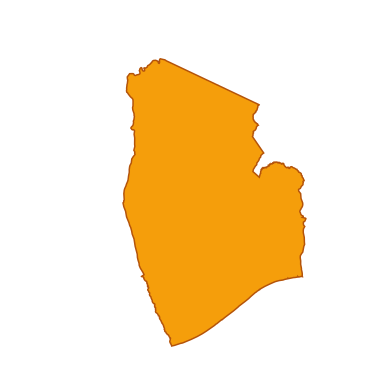 outline of Waimate District, Canterbury, New Zealand, rotated 55°
{"feature_id": "76426892B45923139634861", "entity_name": "Waimate District", "entity_type": "district", "adm_level": 2, "iso_a3": "NZL", "parent_name": "New Zealand", "parent_adm1": "Canterbury", "projection": "equal_earth", "projection_center": [170.93, -44.627], "detail": "fine", "context": "isolated", "style": "filled", "palette": "amber", "viewbox_px": 384, "rotation_deg": 55, "n_neighbors": 0, "source": "geoboundaries", "source_scale": "gbopen_adm2", "svg_char_len": 5981}
<svg xmlns="http://www.w3.org/2000/svg" viewBox="0 0 384 384"><g transform="rotate(55 192 192)"><path d="M264.4,107.6L259.8,106.4L255.6,103.9L252.6,104.1L251.2,103.4L251.0,102.9L251.2,101.2L250.1,99.2L249.7,97.0L249.3,96.6L248.6,96.2L248.2,95.5L247.3,95.2L247.0,94.9L246.9,94.6L247.1,93.8L246.7,93.4L246.0,93.5L244.4,93.0L243.2,93.2L241.7,92.5L241.0,92.8L240.1,92.2L239.4,92.0L237.9,92.5L237.0,93.2L235.9,92.8L235.1,93.3L233.5,93.1L232.9,93.8L231.8,94.1L230.8,94.6L230.6,94.9L229.9,95.3L228.8,95.6L228.4,95.9L228.0,96.7L228.0,97.7L228.6,98.3L228.5,98.8L228.3,99.0L226.7,99.1L226.7,100.0L226.6,100.4L225.5,100.9L224.8,100.9L224.4,101.2L222.5,101.0L221.8,101.3L221.5,100.7L220.9,100.8L220.3,101.6L220.3,102.7L219.5,102.7L218.7,103.1L218.6,103.6L217.9,103.6L217.9,103.8L217.5,104.1L217.6,104.8L216.9,104.7L215.8,105.8L215.8,106.4L215.3,106.6L214.5,107.8L215.1,108.4L214.6,109.0L214.9,109.1L214.7,109.4L215.0,109.9L214.7,110.2L214.6,110.6L214.1,111.0L214.3,111.1L214.5,112.0L214.1,112.4L213.8,112.5L214.0,112.9L213.9,113.3L214.0,113.5L214.6,113.6L214.8,113.9L214.1,114.4L214.6,114.7L214.7,115.3L214.3,116.4L214.3,116.8L214.7,117.1L213.7,117.9L213.8,118.2L214.0,118.5L212.7,119.8L212.8,120.0L213.2,120.1L212.8,120.5L213.1,120.8L212.8,120.9L212.8,121.2L213.1,121.6L213.2,122.4L213.8,122.4L213.9,123.0L214.9,124.3L216.1,125.0L216.2,125.6L218.5,128.4L210.2,130.4L208.7,128.7L208.3,128.0L208.1,127.3L207.6,126.3L207.1,125.1L206.8,123.4L205.4,122.2L204.5,119.3L203.0,117.2L202.9,116.0L202.5,115.5L201.6,114.7L201.2,112.4L201.2,110.9L181.3,110.7L180.8,109.8L179.0,108.3L178.9,107.7L177.9,107.4L177.6,107.1L177.5,106.6L177.6,105.4L177.4,104.2L176.6,102.8L175.6,101.8L175.2,100.2L175.3,99.5L174.9,99.6L174.7,99.4L174.0,99.5L173.7,99.3L173.2,99.8L172.5,99.7L171.4,100.3L170.9,100.2L170.1,100.3L169.9,100.2L169.5,100.4L168.5,100.3L168.0,100.0L167.4,100.1L167.0,99.8L166.7,99.7L165.7,98.9L164.9,98.6L164.7,98.2L163.7,97.5L163.5,96.9L163.6,96.6L163.1,93.9L162.8,93.8L162.9,93.6L162.7,93.3L162.3,93.0L162.3,92.2L161.4,90.9L160.8,90.3L160.3,89.5L159.2,88.7L159.1,88.2L159.3,87.6L159.0,87.0L69.8,137.8L68.2,138.4L64.7,141.6L64.8,142.3L65.1,142.7L66.2,143.7L66.6,143.8L67.4,144.4L67.8,145.1L67.5,145.4L66.9,145.5L65.5,144.9L65.1,145.3L64.4,145.4L63.2,146.3L62.2,148.1L62.1,148.6L62.2,149.5L62.9,151.1L62.8,151.6L63.2,152.9L63.3,154.5L63.1,155.7L63.2,156.0L63.9,156.9L63.9,159.0L63.0,159.8L62.9,160.2L63.4,160.6L64.7,160.7L65.1,160.9L65.5,161.4L65.1,162.4L64.3,162.8L63.2,162.7L61.9,162.0L61.1,162.2L60.9,162.4L61.1,163.8L62.0,164.9L62.3,165.5L64.1,166.0L64.9,166.5L65.3,167.1L65.2,167.7L65.2,168.3L64.5,169.7L64.1,171.6L63.4,172.2L61.8,172.1L61.2,172.4L59.3,175.2L60.2,177.7L60.4,178.6L60.7,179.1L62.6,180.2L63.2,180.2L65.9,182.6L67.1,184.0L67.6,184.3L69.4,186.0L70.5,186.6L71.0,187.2L71.9,187.8L72.8,188.2L73.7,187.9L75.6,188.0L78.9,187.8L80.8,187.3L82.3,187.3L84.1,188.4L87.7,191.0L88.8,192.3L90.8,193.4L94.8,194.6L95.8,195.4L97.0,195.8L99.4,198.0L100.3,199.4L101.4,199.9L103.0,201.4L103.7,202.6L104.0,204.3L104.3,205.0L104.6,205.4L106.3,205.4L106.9,205.1L107.1,204.7L107.7,204.1L108.6,203.9L109.0,204.0L111.5,206.3L114.8,207.9L120.1,211.7L121.8,212.6L124.5,215.7L126.0,215.8L126.6,216.0L127.3,216.7L128.4,217.0L128.8,217.8L129.3,219.8L130.4,222.4L133.4,225.1L134.7,227.6L135.5,228.6L137.6,230.5L139.9,232.1L142.5,234.8L145.5,237.5L146.7,239.1L147.9,241.1L149.1,242.6L150.7,245.3L151.7,246.5L154.3,248.8L159.4,251.9L159.8,252.3L160.0,252.9L161.1,253.7L161.2,254.0L161.2,254.5L161.7,254.9L165.0,256.3L169.8,257.5L174.9,259.9L181.2,261.3L183.6,262.2L186.0,262.6L189.6,263.9L192.1,265.1L197.2,266.4L203.9,269.7L211.5,272.5L214.4,274.3L217.2,275.4L219.9,276.2L222.0,277.4L224.8,278.0L229.8,278.3L232.2,278.7L232.3,278.8L232.2,281.7L232.7,281.6L233.3,280.8L234.3,280.5L234.8,280.9L236.5,281.3L238.2,281.1L238.9,280.6L239.7,280.6L240.2,280.8L240.6,281.2L241.3,281.1L241.4,281.4L243.5,281.8L243.2,282.1L244.1,282.7L245.5,282.4L246.1,283.0L246.2,283.6L246.5,284.2L247.0,284.5L248.0,284.3L248.4,284.5L248.9,284.8L250.1,284.5L250.9,284.9L251.8,285.8L252.9,286.0L254.2,285.8L255.5,286.3L257.8,286.7L259.1,287.4L260.3,287.5L261.4,287.4L261.7,287.3L261.9,286.8L262.5,286.8L263.2,287.2L263.9,288.1L264.5,288.1L264.9,288.5L265.8,288.2L266.2,288.3L266.8,289.1L267.7,289.3L268.4,289.8L268.6,290.2L269.4,290.6L270.0,290.7L270.9,290.3L272.4,290.1L273.2,290.3L274.5,290.0L273.9,290.3L274.2,290.5L274.7,290.1L275.4,290.1L276.5,290.6L276.9,290.9L276.8,291.0L277.3,291.2L279.8,291.2L280.6,291.6L281.6,291.5L282.4,291.9L283.4,291.7L285.6,292.1L286.1,292.5L286.9,292.5L288.1,292.9L288.8,293.6L289.3,293.5L290.7,294.2L291.9,293.7L292.4,294.0L293.4,294.0L294.0,293.8L294.7,293.9L295.6,293.3L297.9,293.7L299.2,293.4L299.7,293.7L299.7,294.0L298.9,293.9L300.1,294.2L300.8,294.8L301.0,295.2L301.8,296.0L303.0,296.4L303.5,296.2L303.9,296.5L305.3,296.6L306.5,297.0L307.6,294.3L309.4,288.3L310.3,286.2L312.3,277.0L313.4,270.5L314.0,264.7L314.2,259.9L314.2,250.0L314.1,249.1L313.9,248.7L314.1,247.4L313.6,241.0L313.9,240.9L313.9,240.7L313.6,237.1L313.2,226.3L312.7,220.5L312.4,218.7L312.1,211.4L311.8,206.8L311.3,203.7L310.7,197.8L310.8,196.5L310.6,195.4L310.8,192.6L310.5,192.6L311.1,186.3L312.0,181.0L313.1,175.5L313.7,173.7L314.6,171.3L316.3,167.9L316.8,166.1L318.2,162.8L318.0,162.7L318.3,162.6L320.3,158.0L320.0,158.1L320.5,157.7L321.6,155.7L322.2,154.1L322.0,153.9L322.5,153.9L322.6,153.3L323.0,153.1L323.9,150.8L324.7,150.1L323.4,149.5L322.6,148.8L320.7,147.8L318.2,146.8L317.2,146.1L313.6,144.5L310.8,142.5L308.0,141.1L306.4,139.9L305.3,137.5L304.8,135.8L300.6,131.5L299.5,129.8L297.7,128.8L293.6,126.1L289.2,124.2L287.6,123.1L286.1,121.8L284.9,119.4L283.4,119.6L282.0,119.1L280.9,118.3L280.5,117.8L280.7,116.6L280.5,116.1L279.2,114.0L278.6,114.0L277.9,114.7L277.0,115.3L276.1,116.2L276.0,115.0L275.6,114.8L275.0,114.9L274.2,115.5L272.8,115.7L271.1,115.1L270.5,115.1L269.8,114.9L268.9,113.8L268.7,112.9L268.1,112.1L267.7,110.9L266.8,109.4L265.6,108.3L264.4,107.6Z" fill="#f59e0b" stroke="#b45309" stroke-width="1.5"/></g></svg>